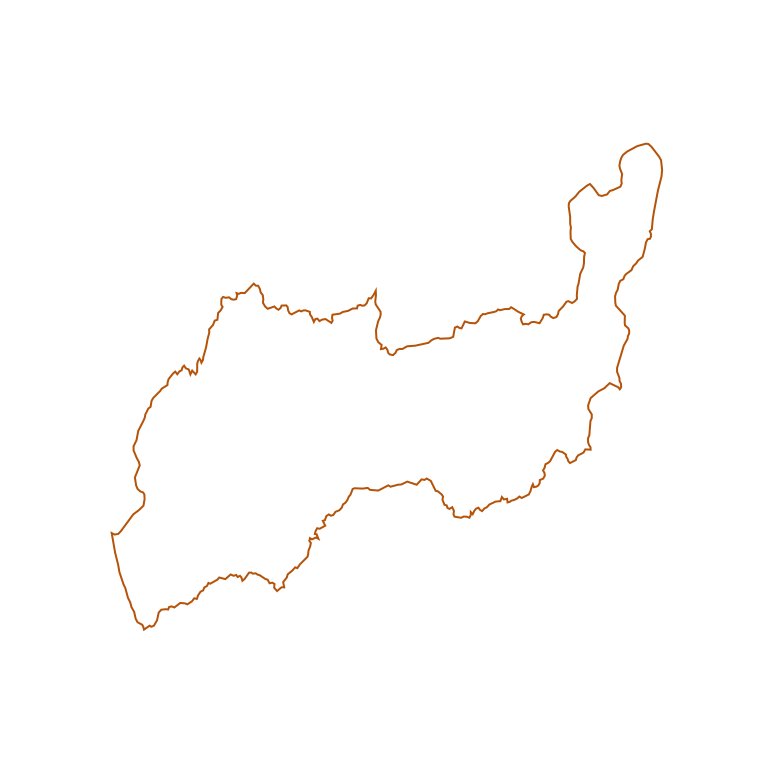 outline of Lurambi, Western, Kenya, rotated 193°
{"feature_id": "3690345B89314071613008", "entity_name": "Lurambi", "entity_type": "district", "adm_level": 2, "iso_a3": "KEN", "parent_name": "Kenya", "parent_adm1": "Western", "projection": "equal_earth", "projection_center": [34.691, 0.273], "detail": "fine", "context": "isolated", "style": "outline", "palette": "amber", "viewbox_px": 768, "rotation_deg": 193, "n_neighbors": 0, "source": "geoboundaries", "source_scale": "gbopen_adm2", "svg_char_len": 6146}
<svg xmlns="http://www.w3.org/2000/svg" viewBox="0 0 768 768"><g transform="rotate(193 384 384)"><path d="M161.1,655.0L164.4,664.4L167.2,667.5L176.6,675.2L180.3,677.3L182.8,677.1L190.7,672.8L199.3,665.3L202.6,661.0L203.6,658.0L204.0,653.9L203.7,649.6L202.4,646.8L199.2,642.1L198.6,636.0L197.5,632.8L198.1,629.4L204.6,624.4L207.3,623.0L209.3,618.9L214.1,616.2L217.3,616.3L223.6,621.9L228.3,625.2L230.9,622.9L237.0,615.2L239.7,609.7L243.6,604.3L244.5,601.8L244.0,598.6L240.2,588.7L238.6,581.9L237.1,578.6L236.5,574.2L234.7,567.4L232.6,565.0L227.8,561.4L222.4,558.5L219.5,558.1L217.7,556.9L217.6,552.7L216.3,546.4L216.1,542.4L217.6,535.4L217.0,525.1L217.3,522.6L216.1,513.8L215.1,510.3L216.9,507.3L219.0,505.2L222.9,506.2L224.7,505.3L227.0,499.7L230.2,494.5L230.2,490.8L231.1,488.0L233.9,486.3L236.8,487.2L238.6,488.6L241.1,488.5L243.9,487.4L244.2,483.9L246.1,478.2L251.5,478.3L254.3,477.4L256.8,474.6L259.2,474.6L261.9,473.4L264.0,475.8L265.4,478.5L265.0,481.1L263.4,483.2L269.2,484.5L277.3,487.4L279.0,485.2L283.4,484.1L287.6,482.0L289.6,482.3L290.9,480.2L292.9,479.0L299.2,476.1L300.9,474.8L303.4,474.4L305.1,471.9L306.7,466.4L308.6,463.7L314.1,462.8L319.3,463.1L321.0,455.6L323.1,455.6L325.4,456.5L327.6,454.9L327.2,445.5L330.3,443.3L339.3,440.8L341.7,441.1L345.4,439.2L347.6,437.3L350.0,434.1L362.1,428.4L370.0,425.9L374.0,422.2L376.7,421.7L379.2,419.9L379.8,416.9L381.7,414.2L385.1,414.1L386.8,415.2L388.5,418.2L390.6,420.0L392.6,418.2L394.8,417.3L395.1,421.5L399.0,423.5L401.6,426.6L403.9,434.5L403.8,443.8L402.9,447.9L402.9,451.1L403.6,453.6L410.0,459.7L411.1,462.4L411.8,468.6L413.0,473.0L414.1,468.7L415.8,464.5L418.2,464.1L419.0,458.8L420.6,456.2L422.8,455.4L425.0,455.7L427.3,454.4L427.3,451.6L431.5,450.5L435.4,447.2L440.4,444.9L442.7,442.7L449.8,439.9L449.6,436.9L448.3,434.2L449.0,431.7L455.5,434.1L458.8,432.8L461.0,430.8L463.7,432.7L465.4,431.9L466.3,428.7L469.5,433.1L471.7,435.1L472.5,437.6L477.1,438.1L479.2,437.5L481.1,436.1L483.2,436.6L489.8,431.0L492.1,431.8L494.1,434.4L495.2,437.3L496.9,438.6L501.4,437.4L501.9,434.8L503.5,432.6L506.2,433.5L508.2,434.9L514.3,431.1L517.3,432.8L520.2,435.9L520.7,439.5L522.1,443.3L524.8,445.5L526.2,448.5L528.7,451.4L531.0,451.0L533.5,452.5L540.1,441.3L543.9,440.6L545.7,439.2L548.1,439.4L546.9,437.1L547.2,433.4L549.2,432.4L551.8,432.3L554.5,433.6L557.5,432.4L560.4,432.6L561.5,430.3L561.0,427.2L560.4,424.7L558.6,422.7L559.8,418.8L561.6,415.9L560.8,409.1L563.2,407.7L563.9,402.9L566.7,397.9L565.8,394.8L566.0,387.9L565.6,379.4L566.1,369.9L565.8,366.5L566.7,363.7L568.0,366.0L569.6,367.3L570.4,364.6L570.6,361.9L568.8,353.8L569.7,351.0L573.9,353.9L574.8,349.8L577.5,354.2L580.6,354.7L582.9,356.9L584.1,354.9L584.3,351.8L586.2,350.2L587.6,347.0L590.2,349.1L591.9,346.8L595.0,340.3L595.2,336.9L594.8,334.2L599.5,329.5L600.6,326.7L605.6,318.7L606.7,315.4L606.3,309.3L608.1,307.1L609.7,300.6L609.5,297.6L610.2,293.7L612.9,283.1L612.5,273.5L614.0,267.0L613.1,263.0L608.1,256.0L605.5,253.2L603.7,249.8L605.7,236.9L602.7,229.4L600.4,226.2L597.2,224.5L594.5,224.2L592.7,222.6L591.4,218.1L591.0,211.3L594.5,205.9L598.9,200.7L607.3,181.4L609.2,178.2L612.6,176.7L615.8,177.5L608.0,159.1L602.3,147.9L599.5,141.2L592.8,130.3L590.1,126.9L585.4,118.1L582.2,114.2L579.8,109.7L576.2,105.8L573.2,99.5L570.5,96.4L565.4,95.0L564.0,93.4L562.6,90.7L558.0,95.8L556.1,95.1L553.8,96.8L552.0,102.7L552.1,110.6L550.2,114.0L545.9,115.5L543.6,115.7L543.2,118.4L540.9,119.5L538.0,119.1L533.3,124.8L528.4,125.5L526.0,125.1L522.2,129.1L520.7,132.5L518.0,132.5L517.6,136.2L516.1,140.3L513.7,142.3L513.4,145.2L511.0,147.5L510.3,150.7L508.4,150.3L502.3,155.9L501.0,158.4L494.7,158.2L490.6,163.9L487.4,163.3L485.0,164.7L483.2,163.0L481.2,164.7L479.5,163.5L477.7,160.4L475.8,163.0L473.1,169.8L471.0,170.4L469.0,169.7L466.4,170.7L464.3,169.8L462.3,169.8L455.7,167.3L453.4,167.2L450.7,164.1L448.1,165.3L445.7,164.5L445.2,160.8L441.6,158.2L438.1,162.9L435.5,163.4L437.7,168.3L435.2,173.5L435.0,176.9L431.2,181.8L429.3,185.4L427.0,185.1L425.3,189.5L419.7,198.4L419.6,201.1L420.1,204.8L419.4,208.9L419.5,212.6L421.5,214.4L421.4,217.2L419.3,216.4L415.7,219.1L413.1,218.4L415.8,222.4L417.6,222.3L417.6,225.1L416.7,228.4L414.1,228.5L409.4,232.7L412.8,236.9L411.0,238.0L410.4,242.4L408.4,244.5L406.1,243.7L403.9,245.0L402.5,248.6L399.1,250.9L397.3,254.1L396.9,257.4L394.8,259.7L393.5,263.0L393.0,266.3L391.8,268.5L390.9,274.7L389.2,275.8L381.2,277.3L376.5,279.1L373.8,277.7L365.6,278.9L357.0,286.2L354.5,285.4L347.5,289.1L344.5,290.0L339.4,294.1L329.5,293.2L325.9,299.5L322.9,299.7L321.1,301.5L316.6,300.1L309.6,291.5L307.5,291.6L303.2,289.5L301.2,287.7L301.0,284.4L297.9,279.9L295.6,279.8L294.2,277.5L292.2,277.0L289.8,279.3L287.3,276.1L287.0,272.7L285.4,270.6L278.8,271.0L276.5,272.8L273.4,273.3L270.7,272.9L270.0,275.7L270.6,278.7L268.3,277.1L267.5,280.6L266.3,283.2L264.2,284.7L262.0,282.9L259.8,282.2L258.2,285.3L256.0,287.1L254.2,290.3L248.7,294.6L244.3,296.0L243.7,300.4L241.3,298.5L238.2,299.8L237.0,296.4L235.1,297.3L233.7,299.0L231.2,300.2L228.5,302.4L226.8,304.8L224.2,303.9L218.1,308.9L217.2,312.4L217.0,317.0L216.4,319.8L214.8,317.2L212.3,318.3L210.8,319.9L210.0,322.5L210.6,325.5L207.6,327.6L206.7,330.9L207.6,333.4L209.6,335.5L208.7,338.5L208.6,342.2L206.5,343.9L204.8,346.2L202.0,356.5L200.4,358.6L197.5,357.8L195.2,357.9L191.0,356.3L190.0,354.0L188.4,352.5L187.0,350.2L185.0,348.8L180.0,353.0L179.8,355.9L178.7,358.2L174.2,362.0L173.1,365.6L167.9,366.5L168.6,368.9L170.3,370.4L172.0,373.0L173.0,376.9L172.4,380.2L174.5,394.4L173.9,397.5L174.7,401.1L179.2,405.6L180.3,409.0L179.5,416.8L173.5,425.0L168.4,429.4L164.3,435.6L155.0,433.5L153.1,431.9L152.2,434.2L153.1,437.5L155.1,439.8L156.0,442.9L159.7,448.4L160.5,452.1L159.0,475.3L156.9,482.6L157.1,485.6L156.5,488.1L157.0,490.9L158.3,493.1L162.3,495.3L163.2,497.6L164.7,504.8L175.7,512.5L177.0,515.5L178.6,521.6L178.4,525.1L177.5,528.6L177.8,534.2L177.0,537.7L174.4,539.9L173.9,543.5L172.6,545.9L168.5,550.6L167.7,554.8L165.4,558.3L164.3,561.4L160.6,566.0L160.3,574.8L160.6,580.9L159.7,584.4L157.5,585.4L157.1,587.8L157.7,590.4L159.4,592.6L157.8,595.0L159.2,604.8L159.7,612.0L160.6,634.0L160.3,648.5L161.1,655.0Z" fill="none" stroke="#b45309" stroke-width="2"/></g></svg>